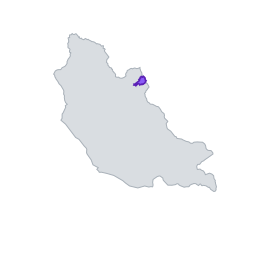 location of Xanx, Hövsgöl, Mongolia, rotated 44°
{"feature_id": "93677404B14141451758610", "entity_name": "Xanx", "entity_type": "district", "adm_level": 2, "iso_a3": "MNG", "parent_name": "Mongolia", "parent_adm1": "Hövsgöl", "projection": "orthographic", "projection_center": [100.416, 51.084], "detail": "fine", "context": "in_parent", "style": "filled", "palette": "violet", "viewbox_px": 256, "rotation_deg": 44, "n_neighbors": 0, "source": "geoboundaries", "source_scale": "gbopen_adm2", "svg_char_len": 5350}
<svg xmlns="http://www.w3.org/2000/svg" viewBox="0 0 256 256"><g transform="rotate(44 128 128)"><path d="M22.3,98.8L23.1,98.9L24.4,98.2L24.7,97.0L25.2,96.3L28.1,96.5L29.3,97.0L29.6,96.3L29.8,96.2L30.4,97.0L31.1,96.8L31.6,96.6L32.2,95.7L33.1,96.0L34.9,95.2L35.1,93.3L35.8,93.0L37.3,92.8L37.6,92.0L37.9,91.8L39.0,91.8L41.0,91.1L41.9,91.1L42.7,90.3L44.4,89.5L47.0,89.3L47.2,88.8L49.7,87.3L52.1,87.5L52.9,86.1L53.3,86.0L54.8,88.0L55.5,87.8L55.9,87.2L56.9,87.3L57.2,88.5L57.7,89.1L64.9,90.2L65.1,90.7L65.3,93.6L66.5,95.1L66.8,95.7L68.8,95.7L69.9,96.8L71.6,96.9L72.5,97.3L74.3,96.4L74.7,96.4L75.2,97.0L76.0,96.6L77.6,97.7L78.8,97.6L79.4,98.0L80.1,97.7L81.9,98.1L83.2,99.7L84.2,99.6L85.4,98.6L85.8,98.0L87.5,97.7L88.4,97.0L89.1,96.4L90.1,94.2L90.4,91.9L89.5,91.5L88.8,90.7L88.4,89.5L88.4,88.6L87.6,87.3L87.7,86.6L88.2,85.5L88.5,83.7L89.1,82.7L90.3,82.2L90.4,81.5L91.2,80.1L93.0,79.3L94.0,77.8L94.6,76.2L95.4,77.0L97.7,78.2L99.6,78.7L100.9,79.9L104.2,80.2L109.9,82.9L111.1,82.7L114.5,83.8L114.8,84.2L114.8,86.2L115.1,86.8L115.2,89.0L115.9,90.1L115.8,91.4L116.1,91.8L116.9,92.0L118.3,93.3L121.4,94.2L122.3,95.1L124.5,95.6L125.5,95.2L127.3,95.3L127.9,95.1L129.0,94.0L129.7,93.7L133.6,92.6L134.7,91.8L135.4,91.6L138.6,92.1L140.8,92.9L143.9,92.6L145.5,93.6L146.2,94.7L147.5,95.5L151.9,95.5L152.1,95.7L152.3,98.0L152.5,98.4L155.6,100.6L157.0,101.2L161.0,100.6L167.4,101.5L168.8,100.8L170.2,101.4L170.7,101.3L174.4,98.6L175.1,98.6L179.1,97.2L181.5,95.7L183.5,95.5L185.0,94.3L185.3,92.4L187.5,89.9L191.6,86.4L194.4,86.2L196.2,86.9L198.2,88.4L199.3,88.7L201.1,88.5L203.4,86.6L204.8,86.7L206.2,86.9L207.2,87.7L205.2,98.2L205.3,98.8L204.4,101.0L204.8,104.3L203.4,105.8L203.9,107.6L204.4,108.2L206.6,109.6L207.2,109.2L207.6,108.4L208.4,107.5L210.3,107.3L211.8,106.6L213.9,106.8L216.1,107.8L218.0,103.9L220.3,102.9L222.7,102.8L224.9,104.6L227.2,105.1L228.0,106.2L228.9,106.5L229.3,107.0L232.4,108.8L233.3,110.4L234.3,111.3L234.6,112.5L234.5,113.2L233.7,114.1L230.0,114.7L227.7,114.1L227.1,114.9L224.3,115.4L222.9,116.3L221.9,117.0L221.5,117.9L221.1,118.2L220.6,118.3L219.6,117.9L218.9,118.0L218.7,118.2L218.7,120.4L216.4,120.9L215.5,120.9L213.8,122.3L213.6,123.1L212.8,124.4L212.2,126.7L212.6,127.5L212.4,128.2L210.9,129.6L209.5,131.6L206.1,133.0L204.5,133.5L203.2,133.3L202.0,133.9L201.4,135.9L199.4,138.6L196.4,141.4L190.1,141.1L189.3,140.9L187.8,139.8L184.3,140.3L183.4,141.4L182.7,142.9L181.8,147.6L183.5,150.0L185.4,151.4L186.3,152.5L186.4,153.5L185.3,154.1L184.0,156.0L180.3,158.1L176.7,164.3L169.4,168.6L164.6,169.3L160.8,169.5L150.7,172.0L144.3,175.4L139.5,178.3L138.4,179.6L137.9,179.8L137.0,179.4L134.3,179.4L134.2,177.2L128.4,178.8L123.6,176.5L116.8,175.2L115.4,174.6L113.1,171.9L111.8,171.5L108.9,171.4L100.7,170.2L96.9,171.2L80.4,168.6L74.4,169.0L74.2,168.7L73.9,166.9L71.2,164.0L70.8,163.3L70.8,162.2L68.8,156.4L67.4,155.5L67.8,153.1L65.6,153.1L63.3,152.1L60.9,150.2L59.9,148.9L58.2,148.4L56.2,146.0L55.3,145.5L50.3,144.1L47.7,144.1L45.0,143.2L41.9,142.7L41.0,142.1L40.1,142.1L38.4,140.9L37.1,140.9L36.1,137.5L36.6,135.5L37.4,134.4L39.0,132.8L39.0,132.1L38.7,130.4L39.8,127.5L39.7,125.7L39.2,123.6L38.2,122.9L37.1,120.0L36.9,117.7L36.5,116.2L35.1,115.1L34.8,113.7L34.3,113.5L33.9,113.9L33.1,114.0L32.2,113.0L31.9,112.0L31.4,111.7L30.4,111.6L29.4,111.9L28.5,111.5L27.8,110.5L25.8,108.9L25.8,107.9L25.6,107.2L25.0,106.9L24.4,106.1L22.4,104.9L22.4,104.4L23.2,103.5L21.9,102.4L21.4,101.5L22.4,100.4L22.2,99.6L22.3,98.8Z" fill="#d9dde1" stroke="#a8b0b8" stroke-width="1"/><path d="M103.7,92.2L103.8,92.2L103.7,92.1L103.8,92.0L104.0,91.9L104.2,91.7L104.3,91.6L104.3,91.4L104.2,91.3L104.3,91.3L104.4,91.2L104.2,91.0L104.1,90.9L104.0,91.0L103.9,91.1L104.0,90.9L104.1,90.7L104.1,90.3L104.0,90.2L104.2,89.9L104.3,89.9L104.5,89.8L104.5,89.7L104.7,89.4L104.6,89.5L104.4,89.5L104.3,89.4L104.4,89.2L104.5,89.0L104.5,88.9L104.7,88.7L104.8,88.6L105.7,88.7L106.4,88.9L106.3,88.3L106.6,88.0L107.3,87.9L107.4,87.3L107.3,86.9L107.8,86.4L108.3,86.5L108.4,86.2L108.6,85.8L108.4,85.3L108.7,84.9L108.7,84.6L108.7,84.4L108.8,84.3L108.9,84.2L108.9,83.9L108.8,83.5L108.5,83.2L108.6,82.7L108.4,82.2L108.3,81.9L108.2,81.6L108.0,81.8L107.9,81.7L107.6,81.7L107.5,81.4L107.4,81.3L107.1,81.4L106.8,81.2L106.6,81.1L106.4,81.0L106.4,80.9L106.2,80.8L106.0,80.7L105.9,80.7L105.7,80.6L105.7,80.4L105.4,80.4L105.4,80.2L105.2,80.2L105.1,80.3L105.0,80.2L104.9,80.1L104.7,80.1L104.4,80.0L104.2,80.1L103.9,80.2L103.7,80.1L103.4,80.1L103.2,80.1L103.3,81.2L103.0,81.6L102.6,81.3L101.8,81.6L102.0,82.0L101.7,82.4L101.6,82.7L101.6,83.1L101.8,83.5L102.3,83.6L102.2,84.3L102.1,84.7L102.2,85.1L102.2,85.7L102.2,85.8L102.6,85.9L102.7,85.7L102.9,85.5L103.0,85.5L103.0,85.4L103.2,85.7L103.2,85.8L103.3,86.0L103.3,86.3L103.2,86.4L103.2,86.6L103.2,86.8L103.2,87.0L103.1,87.3L103.1,87.5L103.0,87.8L102.9,87.9L102.9,88.1L102.9,88.3L102.9,88.5L102.8,88.8L102.8,89.0L102.8,89.3L102.8,89.5L102.8,89.8L102.7,89.9L102.8,90.0L102.9,90.3L102.9,90.5L102.9,90.8L102.9,91.0L102.7,90.9L102.6,91.0L102.5,91.3L102.6,91.5L102.4,91.5L102.3,91.8L102.2,91.9L102.3,91.9L102.2,92.0L102.3,92.2L102.3,92.3L102.4,92.5L102.4,92.8L102.4,93.0L102.2,93.2L102.2,93.3L102.2,93.2L102.3,93.2L102.5,93.0L102.4,92.9L102.5,92.8L102.5,92.7L102.4,92.6L102.4,92.4L102.5,92.4L102.5,92.5L102.6,92.4L102.6,92.2L102.8,92.1L103.0,92.2L103.1,91.9L103.2,92.0L103.3,92.0L103.6,92.1L103.7,92.2Z" fill="#8b5cf6" stroke="#5b21b6" stroke-width="1.5"/></g></svg>